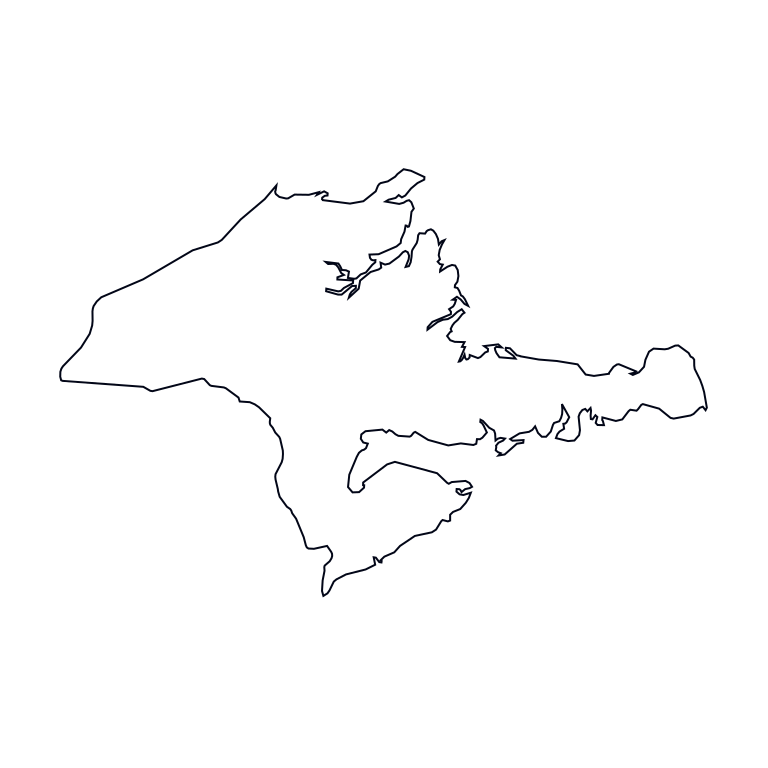 Vesturland, orthographic projection, rotated 184°
{"feature_id": "ISL-710", "entity_name": "Vesturland", "entity_type": "Region", "adm_level": 1, "iso_a3": "ISL", "parent_name": "Iceland", "parent_adm1": "", "projection": "orthographic", "projection_center": [-22.162, 64.9], "detail": "fine", "context": "isolated", "style": "outline", "palette": "ink", "viewbox_px": 768, "rotation_deg": 184, "n_neighbors": 0, "source": "natural_earth", "source_scale": "10m", "svg_char_len": 6147}
<svg xmlns="http://www.w3.org/2000/svg" viewBox="0 0 768 768"><g transform="rotate(184 384 384)"><path d="M462.5,570.8L464.1,568.0L457.2,572.0L453.5,570.3L453.5,568.1L456.2,567.6L458.6,565.6L458.7,564.0L457.6,563.2L458.6,563.2L430.5,561.6L417.3,564.9L405.7,575.6L403.9,581.2L402.6,583.2L401.3,584.2L394.3,586.4L387.3,591.6L385.2,594.4L379.4,599.6L372.0,598.6L358.1,593.3L358.1,590.7L364.6,586.8L370.7,580.9L375.9,573.5L379.2,571.4L382.5,573.5L385.4,570.4L392.2,568.2L395.2,566.1L381.4,564.7L377.1,566.2L374.2,568.3L371.8,569.1L369.4,567.2L366.5,561.1L368.6,557.7L369.0,548.4L370.1,542.9L371.2,542.4L372.4,543.5L373.5,543.6L374.2,537.4L377.0,529.6L377.2,525.8L381.1,522.1L398.4,513.1L407.5,512.1L406.8,508.9L405.3,507.1L403.4,506.6L401.2,507.0L401.2,504.8L404.0,502.1L409.8,494.0L414.9,491.7L418.9,487.4L421.0,486.9L427.4,487.3L426.8,493.7L429.9,494.8L433.9,494.8L435.9,498.4L437.9,501.0L450.7,501.7L448.1,499.8L442.8,500.4L440.1,499.6L437.8,497.2L434.4,491.7L431.6,490.0L437.9,487.2L437.8,485.0L422.0,485.1L422.0,482.5L430.7,477.0L433.5,473.9L436.1,473.2L448.2,475.1L448.2,472.5L436.2,470.0L432.5,470.2L422.7,479.5L418.9,480.0L418.8,477.6L422.8,473.7L424.3,471.1L425.1,467.6L415.9,477.3L415.0,485.5L405.2,494.8L397.3,497.9L394.9,499.9L395.9,504.8L391.3,503.2L387.0,504.5L378.0,512.2L374.4,516.7L372.0,518.2L369.5,517.1L367.9,513.7L368.1,510.1L370.6,502.3L367.4,503.3L365.9,507.3L365.4,512.8L365.4,518.4L364.9,520.1L361.2,526.9L360.5,530.2L360.3,534.8L359.1,536.9L353.5,536.9L352.1,539.5L350.8,540.5L348.0,541.6L345.5,540.4L342.7,537.2L340.3,532.6L339.0,526.9L336.5,530.4L333.7,531.8L335.9,527.3L337.8,521.7L338.4,516.3L336.9,512.3L339.0,509.8L336.6,507.5L333.7,507.2L335.9,502.3L335.9,500.1L328.9,505.4L324.5,507.5L321.2,507.1L318.4,502.8L317.3,496.9L317.9,491.2L320.1,487.6L320.1,485.4L317.4,484.9L315.5,482.2L313.4,477.8L311.4,476.8L309.2,474.2L305.5,467.8L309.3,469.5L313.3,473.6L317.3,476.1L321.3,472.9L318.0,472.9L319.0,468.9L320.4,466.2L324.3,463.2L322.2,460.7L322.2,458.3L340.0,449.4L344.4,443.7L344.4,441.2L334.9,449.5L329.8,452.2L324.9,453.2L320.7,455.9L316.0,460.9L311.7,464.0L308.7,460.7L310.7,459.2L314.9,453.1L318.1,449.9L319.8,447.3L321.3,443.6L320.2,441.2L321.6,440.5L324.4,436.3L321.0,432.3L316.4,431.0L306.6,431.4L308.8,426.5L305.7,426.5L310.9,411.6L309.4,412.0L308.0,413.5L306.8,415.8L305.7,418.9L304.8,415.6L303.5,414.2L302.1,414.6L300.5,416.4L300.5,418.9L292.1,416.4L289.7,417.6L285.2,422.6L282.7,423.7L282.7,426.3L286.8,428.8L272.8,431.5L269.1,428.7L274.6,428.9L275.9,427.5L275.4,425.5L273.9,422.6L270.7,418.7L254.6,418.5L256.9,421.2L264.9,426.2L264.9,428.6L260.8,428.4L253.7,422.0L249.3,421.2L250.4,421.2L231.3,419.2L213.1,419.0L192.2,417.1L183.5,407.5L175.1,406.7L160.3,409.9L160.2,410.9L156.3,417.1L153.0,419.7L151.1,420.1L133.5,414.2L135.2,412.7L138.9,411.5L136.4,410.4L130.5,413.4L125.8,419.3L124.9,426.4L121.9,434.7L117.6,438.1L106.4,438.2L103.0,439.0L96.2,442.6L93.1,443.0L82.3,436.2L80.0,432.7L77.9,431.8L76.3,430.0L75.8,423.9L75.1,420.7L68.9,410.1L66.3,404.3L64.1,398.3L60.3,382.9L61.4,380.3L64.4,383.6L67.3,382.3L73.1,375.7L76.0,374.0L92.6,369.7L95.8,370.2L107.8,378.6L124.4,382.0L125.9,381.1L128.8,376.6L130.2,375.0L136.5,375.5L138.1,374.0L143.8,365.3L150.1,363.3L163.8,365.9L163.8,363.3L163.0,362.2L161.7,358.3L168.1,358.0L170.1,360.0L168.9,366.0L170.9,367.6L173.5,363.3L175.2,363.5L175.7,366.9L175.6,371.9L176.3,374.5L179.2,370.9L181.5,373.2L184.3,371.9L186.6,368.5L187.6,365.0L185.3,351.6L185.8,346.6L190.1,340.9L196.4,339.9L208.7,342.0L207.5,346.1L205.6,348.8L201.2,351.9L202.3,356.8L200.5,357.2L199.2,358.5L196.9,363.8L205.1,376.4L204.3,371.0L204.2,366.5L205.0,362.6L206.5,359.1L211.6,357.0L212.6,355.0L214.3,348.2L218.6,342.7L222.9,342.4L227.0,346.0L230.3,352.3L232.8,348.6L236.0,346.4L245.3,344.2L254.3,337.9L251.9,336.4L240.9,337.8L241.0,335.1L247.3,333.7L258.7,322.1L264.7,320.7L262.7,323.1L265.4,323.9L267.9,325.6L267.6,328.9L267.9,330.3L265.7,333.4L261.2,335.9L259.5,338.0L264.0,338.4L266.6,337.4L268.8,335.4L269.7,342.3L271.0,345.3L276.0,347.7L282.7,354.0L285.2,355.1L285.3,352.8L283.4,351.7L281.7,349.4L278.0,342.8L282.1,337.3L284.4,335.6L287.4,335.5L287.8,330.8L290.6,329.4L303.2,330.1L315.6,327.2L336.0,331.3L349.5,338.4L351.0,337.5L353.3,334.2L354.7,333.3L366.1,333.3L369.1,334.7L372.4,337.2L375.6,338.4L378.4,335.7L382.4,338.4L399.2,335.6L403.1,332.1L403.3,327.7L400.6,324.2L396.0,323.4L397.5,318.7L399.3,317.1L401.5,316.2L404.2,313.6L406.1,309.4L412.3,291.1L412.7,278.7L407.8,273.7L401.3,274.4L396.7,279.2L396.7,281.6L397.8,281.6L397.9,284.3L375.3,304.0L367.7,307.1L324.8,298.7L314.1,289.8L312.4,289.0L309.6,290.9L295.9,293.0L291.8,291.2L289.0,287.6L291.3,286.1L295.7,284.8L299.1,281.6L300.3,283.5L301.4,284.3L304.2,284.3L304.2,281.7L300.9,279.2L297.1,278.8L289.8,281.6L291.4,276.3L294.1,271.2L299.2,264.6L306.2,261.2L308.9,258.2L308.5,252.4L310.7,251.4L316.1,252.4L317.4,251.0L321.9,242.4L325.9,239.4L342.6,234.6L356.7,223.6L362.0,216.8L371.6,211.8L375.0,208.0L374.0,207.4L374.1,205.8L376.3,206.0L380.0,210.2L382.2,210.4L380.2,203.1L389.4,197.7L408.6,191.4L417.8,185.8L420.3,183.4L424.0,174.2L425.8,171.2L429.7,168.4L431.4,173.2L431.5,183.8L430.3,193.5L430.8,197.2L430.5,198.7L425.8,203.4L424.2,206.5L423.7,208.8L424.0,211.1L425.0,212.9L429.5,218.5L442.4,214.7L447.9,214.6L449.6,215.6L450.7,217.6L453.4,225.6L462.3,243.5L466.6,248.7L467.7,251.3L468.8,252.7L472.3,254.8L480.2,264.2L482.1,269.4L482.6,271.8L485.5,281.1L486.0,283.9L485.9,286.5L480.6,298.8L479.9,302.3L479.9,307.1L480.3,310.6L483.8,322.1L484.8,323.9L489.1,328.0L491.9,332.6L494.6,335.4L495.1,336.7L495.3,338.3L495.1,341.9L507.1,352.1L511.5,354.7L516.6,356.5L526.7,356.5L528.2,360.3L541.4,368.7L543.5,369.4L556.1,370.1L557.7,370.7L563.7,376.4L566.1,376.7L614.4,360.7L616.6,360.9L623.9,364.4L704.8,364.7L706.3,365.2L707.5,368.7L707.7,373.6L706.9,376.8L705.5,379.3L688.8,399.2L681.1,413.5L679.2,422.0L679.1,426.6L679.9,436.2L679.7,439.0L679.1,441.5L676.3,446.3L672.1,450.8L631.6,471.6L584.2,504.0L559.6,513.6L555.9,516.4L538.4,538.2L515.9,560.1L505.2,574.6L505.6,569.7L506.0,568.4L505.6,566.8L505.0,565.8L501.4,563.3L494.5,562.2L492.6,562.5L486.4,566.7L472.1,567.5L462.5,570.8Z" fill="none" stroke="#020617" stroke-width="2"/></g></svg>